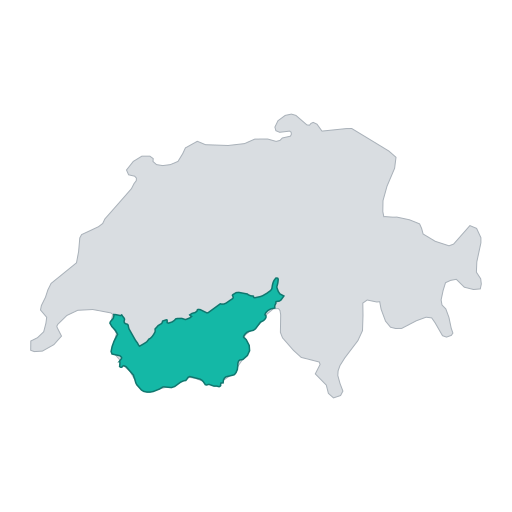 Switzerland, with Valais highlighted
{"feature_id": "CHE-165", "entity_name": "Valais", "entity_type": "Canton", "adm_level": 1, "iso_a3": "CHE", "parent_name": "Switzerland", "parent_adm1": "", "projection": "albers", "projection_center": [7.65, 46.266], "detail": "fine", "context": "in_parent", "style": "filled", "palette": "teal", "viewbox_px": 512, "rotation_deg": 0, "n_neighbors": 0, "source": "natural_earth", "source_scale": "10m", "svg_char_len": 5519}
<svg xmlns="http://www.w3.org/2000/svg" viewBox="0 0 512 512"><path d="M385.8,149.2L388.8,151.0L396.0,157.3L394.6,168.3L387.0,186.2L383.0,200.6L382.8,211.6L383.8,216.7L385.2,216.6L393.0,217.2L396.9,217.1L409.5,219.8L419.6,223.9L421.6,228.4L423.1,234.0L435.2,241.3L449.0,245.8L453.6,244.1L469.9,225.6L476.6,228.4L480.9,237.7L480.9,242.8L476.8,261.9L476.4,272.2L480.7,278.8L481.3,284.0L480.3,288.9L473.5,289.5L464.3,287.2L456.3,279.3L450.5,280.4L445.5,282.7L443.1,290.5L441.1,299.9L442.0,305.0L445.8,308.9L448.9,317.3L451.2,328.2L452.9,333.1L451.3,335.4L446.5,337.1L442.5,335.7L435.1,322.8L431.7,317.9L426.1,317.2L416.5,320.7L401.7,328.4L395.6,328.5L390.5,327.2L385.5,321.1L381.1,309.2L379.7,301.7L376.8,302.0L367.2,300.0L362.8,303.1L363.0,315.3L362.5,330.6L357.9,340.6L344.8,357.9L340.0,365.5L338.1,370.8L337.8,375.5L340.0,383.5L342.9,391.1L340.6,395.5L333.5,397.9L328.4,393.4L326.3,385.1L315.3,373.9L320.1,364.4L319.2,362.0L301.2,357.4L293.4,350.3L282.5,337.8L280.4,332.4L280.7,314.9L280.0,310.6L278.5,308.6L273.3,308.8L266.1,314.9L259.5,324.1L245.8,334.4L244.3,336.6L249.0,346.6L248.8,350.5L237.7,366.5L235.6,371.8L221.3,381.8L214.7,385.6L194.9,378.2L189.4,377.4L180.5,382.3L168.0,386.9L147.7,391.5L140.3,388.0L136.8,384.8L135.0,379.9L130.0,371.4L124.3,366.2L120.4,360.7L115.2,354.6L111.8,349.5L116.5,333.5L113.3,327.8L111.7,319.7L112.6,314.2L110.8,312.9L92.7,309.5L77.7,310.3L66.8,315.5L57.8,324.3L56.8,326.2L57.3,327.8L61.5,336.1L53.9,344.6L42.4,351.1L34.3,351.6L30.7,350.3L30.8,341.0L37.5,337.7L43.7,331.8L45.9,323.3L46.7,317.3L40.5,310.0L41.4,305.5L45.5,297.2L47.9,289.8L51.1,283.4L63.8,273.1L76.5,262.8L78.6,251.6L79.8,237.9L81.6,234.6L98.5,226.7L102.7,223.5L104.9,218.9L118.3,203.7L131.5,188.6L134.1,183.5L136.3,180.6L136.4,178.1L134.7,176.2L128.6,174.8L126.5,170.0L133.3,161.4L141.8,156.2L149.9,156.2L153.2,158.6L153.0,161.5L156.5,164.6L162.7,165.6L170.4,164.6L178.0,161.4L182.7,153.7L185.4,147.9L197.3,141.3L205.5,144.7L228.1,145.5L244.5,143.6L254.8,139.1L267.6,139.0L276.1,141.4L277.7,141.0L280.0,140.4L282.3,138.0L290.4,136.2L291.4,134.2L291.1,132.2L289.6,131.1L279.7,132.3L275.9,130.7L274.9,127.1L278.0,120.7L285.2,115.4L291.4,114.1L295.9,115.4L306.9,124.9L309.5,125.2L311.0,123.4L313.2,122.4L317.0,124.2L321.3,130.2L322.0,131.1L346.2,128.6L351.7,128.5L368.4,138.6L385.8,149.2Z" fill="#d9dde1" stroke="#a8b0b8" stroke-width="1"/><path d="M221.0,383.0L220.9,383.2L220.6,384.7L220.7,385.5L220.4,386.0L219.2,386.7L218.6,386.6L216.7,386.1L213.9,386.1L209.1,384.4L208.1,384.5L207.3,384.8L206.4,385.0L205.2,384.6L205.0,384.2L203.1,381.4L201.6,380.0L200.0,379.1L189.7,376.5L188.0,377.4L187.0,379.0L185.8,380.5L183.7,380.8L180.7,382.1L174.7,386.5L171.4,387.6L163.8,386.8L162.4,387.2L159.6,389.0L153.3,391.5L150.2,392.1L146.9,392.1L143.7,391.4L141.4,390.0L136.9,384.9L136.2,383.7L135.6,382.2L134.9,379.5L133.8,376.5L133.4,374.9L133.0,374.6L126.1,366.7L123.8,365.7L123.0,366.0L122.3,366.8L121.5,367.3L120.5,367.2L119.6,366.5L119.6,366.1L119.8,365.4L119.8,364.3L119.9,364.2L119.9,362.6L119.7,361.2L119.4,361.3L119.9,360.6L120.7,359.6L121.5,358.5L121.6,357.4L120.0,355.8L112.0,354.0L111.1,351.5L112.1,346.5L114.0,341.3L117.6,334.3L115.4,330.4L111.8,326.5L109.9,323.1L110.5,321.5L113.2,318.4L113.9,315.9L113.8,314.5L115.7,314.6L120.5,315.6L121.7,314.9L122.4,316.0L123.9,317.8L124.5,319.0L124.5,319.8L124.2,320.7L124.1,321.8L124.5,322.9L125.7,323.8L127.1,324.1L128.1,325.0L128.6,327.5L129.0,328.9L135.4,340.2L137.6,343.2L138.3,344.7L139.5,346.2L143.4,344.0L146.7,341.9L149.1,338.9L150.3,338.4L152.2,336.5L153.6,334.5L154.8,332.4L155.2,331.3L155.1,329.4L155.1,328.9L156.9,327.0L158.1,325.6L161.6,323.5L162.4,322.2L162.4,321.7L162.5,321.3L162.6,321.1L163.0,320.9L166.3,319.8L166.8,319.8L167.1,320.1L167.2,321.1L167.1,321.9L167.1,322.3L167.2,322.7L167.8,322.8L168.4,323.2L172.2,321.9L174.5,320.3L175.5,319.1L175.7,318.9L175.9,318.8L177.4,318.5L181.8,318.4L184.2,319.2L184.5,319.3L185.1,319.5L185.7,319.5L186.6,319.2L190.2,317.7L191.6,316.4L190.3,315.6L189.7,314.9L192.0,313.4L195.5,312.4L195.8,312.0L196.8,311.2L197.1,310.9L197.2,310.3L197.3,309.9L197.7,309.6L198.1,309.4L200.2,309.6L206.9,312.9L208.1,312.7L220.3,303.8L221.5,304.1L223.0,304.1L224.0,304.0L226.1,303.1L229.8,300.5L232.5,298.7L232.8,298.3L233.2,297.6L233.2,297.1L233.0,296.6L232.8,296.1L232.6,295.7L232.4,295.4L232.4,295.2L232.6,295.0L232.9,294.6L236.2,292.6L238.8,292.4L247.4,294.0L248.3,294.8L250.7,295.8L253.4,296.1L253.5,296.2L253.5,296.5L253.5,296.8L253.6,297.3L254.0,297.6L254.5,297.7L255.1,297.7L260.3,296.6L262.7,295.7L267.3,293.0L268.4,292.1L269.9,291.1L271.0,290.0L271.5,289.3L271.9,288.4L272.4,285.2L273.0,282.9L273.4,281.8L274.0,280.5L275.8,278.1L276.9,278.0L277.8,278.3L278.0,278.7L278.2,279.4L278.1,280.6L277.9,282.4L277.6,284.0L276.9,286.4L276.8,287.1L277.0,287.9L277.3,288.8L278.3,291.5L279.9,293.9L283.9,296.0L281.0,300.0L279.3,301.1L277.0,301.4L276.1,301.7L275.8,302.1L275.8,302.4L275.9,302.7L275.9,303.0L275.9,303.3L275.4,304.3L274.9,305.3L274.7,306.3L274.8,307.4L274.8,308.0L270.6,309.0L267.9,310.5L265.7,312.8L264.9,314.7L265.3,315.3L266.0,315.8L266.0,317.3L265.4,318.6L264.4,319.8L263.3,320.7L260.4,322.2L255.5,328.8L253.4,330.3L249.1,331.3L246.9,332.3L244.9,334.3L243.9,335.8L243.5,337.0L243.8,337.5L246.2,339.6L249.2,345.4L249.6,350.7L247.4,355.5L243.0,359.4L241.9,359.7L239.8,360.0L238.8,360.8L238.1,362.3L237.8,363.9L237.8,365.6L237.3,369.8L237.1,370.0L236.2,372.2L236.1,372.5L234.8,374.2L234.1,374.8L233.1,375.1L225.9,376.8L224.5,378.0L223.4,380.1L223.1,382.9L221.0,383.0Z" fill="#14b8a6" stroke="#0f766e" stroke-width="1.5"/></svg>